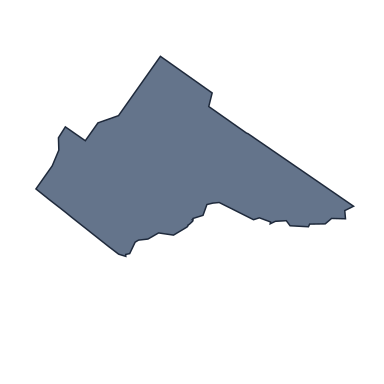 the district of Leon, Florida, United States of America, rotated 215°
{"feature_id": "52423323B61850216097396", "entity_name": "Leon", "entity_type": "district", "adm_level": 2, "iso_a3": "USA", "parent_name": "United States of America", "parent_adm1": "Florida", "projection": "robinson", "projection_center": [-84.336, 30.479], "detail": "fine", "context": "isolated", "style": "filled", "palette": "slate", "viewbox_px": 384, "rotation_deg": 215, "n_neighbors": 0, "source": "geoboundaries", "source_scale": "gbopen_adm2", "svg_char_len": 1046}
<svg xmlns="http://www.w3.org/2000/svg" viewBox="0 0 384 384"><g transform="rotate(215 192 192)"><path d="M216.4,99.0L209.3,101.3L210.5,102.8L207.7,105.8L209.8,118.3L208.2,121.9L201.1,128.2L195.9,139.3L182.4,146.1L176.2,160.0L176.0,160.4L175.9,161.8L176.1,162.2L176.3,162.4L176.3,162.7L176.0,162.9L176.0,163.3L175.6,164.2L175.3,165.8L175.0,166.8L175.0,167.5L174.8,167.9L174.7,168.5L174.9,168.9L175.0,169.4L175.5,169.3L175.8,169.4L175.5,169.7L175.4,170.1L175.6,170.4L176.0,170.7L176.0,170.9L169.6,179.2L172.6,190.3L168.5,194.9L163.7,199.0L125.7,204.6L122.0,209.5L110.5,212.5L109.7,210.8L106.9,215.8L98.3,222.6L92.3,220.6L76.7,230.3L77.2,233.2L64.6,242.3L62.5,250.4L50.9,258.1L56.2,264.4L51.5,273.0L179.7,271.9L181.1,271.5L215.1,271.6L227.3,271.6L232.3,284.7L295.7,285.0L296.0,212.4L308.7,194.7L308.8,172.8L333.1,172.7L332.5,159.8L325.1,149.9L321.5,133.3L321.6,105.0L309.2,104.2L308.4,104.2L306.6,104.0L302.5,103.8L292.4,103.3L283.2,102.8L276.6,102.3L228.9,99.5L216.9,99.0L216.4,99.0Z" fill="#64748b" stroke="#1e293b" stroke-width="1.5"/></g></svg>